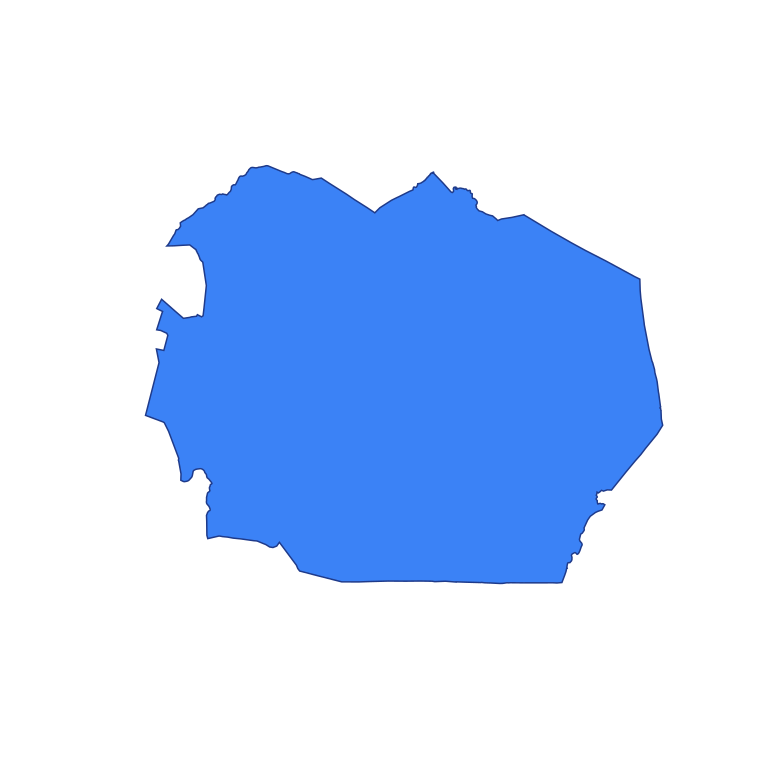 outline of Blomes pag., Smiltenes, Latvia, rotated 302°
{"feature_id": "27541924B40520684233184", "entity_name": "Blomes pag.", "entity_type": "district", "adm_level": 2, "iso_a3": "LVA", "parent_name": "Latvia", "parent_adm1": "Smiltenes", "projection": "albers", "projection_center": [25.744, 57.45], "detail": "fine", "context": "isolated", "style": "filled", "palette": "blue", "viewbox_px": 768, "rotation_deg": 302, "n_neighbors": 0, "source": "geoboundaries", "source_scale": "gbopen_adm2", "svg_char_len": 6147}
<svg xmlns="http://www.w3.org/2000/svg" viewBox="0 0 768 768"><g transform="rotate(302 384 384)"><path d="M188.5,297.3L187.4,300.6L186.4,302.0L185.7,302.9L184.9,303.4L184.4,303.4L183.6,302.8L183.1,302.6L181.5,302.5L178.5,303.1L173.5,306.5L161.8,314.0L159.5,316.5L167.6,324.6L168.2,325.8L169.0,327.9L171.3,332.5L173.3,337.6L175.5,342.1L176.7,344.5L182.1,356.6L183.4,359.1L183.7,360.0L184.7,366.1L185.2,368.7L185.2,373.4L186.5,376.5L189.7,378.9L194.3,379.2L183.9,405.8L181.8,408.7L180.7,411.6L186.3,429.5L193.8,453.0L203.0,467.8L208.2,475.5L219.2,492.1L228.3,506.9L236.1,519.1L242.2,529.2L243.3,531.8L249.3,540.6L254.3,550.2L254.5,550.1L259.2,558.2L266.9,571.3L267.4,571.8L268.7,574.6L271.1,578.8L271.6,579.6L276.2,587.9L277.4,589.7L277.6,589.9L277.7,590.2L280.6,593.6L281.3,594.9L282.5,596.6L289.3,607.7L305.1,632.9L306.9,636.1L309.9,640.1L317.5,638.6L321.4,637.7L324.7,636.5L324.9,636.9L325.7,636.1L327.3,635.4L329.4,634.7L329.8,634.8L330.3,635.2L331.0,636.3L333.2,636.7L334.5,636.5L336.7,635.2L337.9,633.8L338.6,633.6L339.7,633.7L342.1,635.1L342.3,635.4L342.3,636.4L341.9,637.7L341.9,638.0L342.6,638.5L343.6,638.7L344.6,638.7L346.8,638.4L348.8,637.9L350.6,637.5L352.0,637.4L352.7,637.2L353.7,636.2L354.7,633.3L355.5,632.3L355.9,632.0L360.8,630.4L361.0,630.4L362.7,631.2L365.8,631.3L366.5,631.1L368.0,629.9L376.6,628.8L381.1,629.0L387.1,631.4L389.4,632.9L392.7,635.6L398.6,635.3L398.6,633.3L398.5,633.1L398.3,632.8L397.8,632.4L397.6,632.0L397.3,630.5L395.6,629.0L395.9,628.4L397.3,627.1L398.1,626.7L398.3,625.9L398.8,624.9L399.7,624.6L401.0,624.8L401.6,624.3L402.1,623.0L403.5,622.7L405.2,622.0L405.1,623.4L406.8,624.2L409.1,624.8L409.5,626.9L412.5,629.4L414.6,633.1L437.3,635.8L451.3,637.7L460.5,639.2L468.0,639.9L486.2,642.2L496.7,642.2L501.2,637.8L507.5,633.5L508.4,633.0L508.6,632.4L509.4,632.0L509.8,631.5L509.9,630.7L510.3,630.6L511.2,630.8L511.4,630.4L521.1,622.4L522.6,621.0L530.6,614.5L532.9,612.3L535.1,609.9L537.2,607.7L539.7,605.7L544.4,600.6L545.5,599.0L553.7,590.5L572.0,573.5L573.9,572.0L592.9,556.3L599.2,551.6L608.5,545.4L607.9,539.6L605.9,506.8L604.0,484.3L603.0,467.5L602.1,444.9L601.6,414.2L601.4,413.3L601.7,413.0L593.0,404.1L586.2,396.2L582.9,393.8L583.4,391.8L584.1,387.0L583.1,384.1L582.2,380.2L582.2,376.2L581.2,372.9L581.8,370.3L582.6,368.8L582.9,368.4L583.7,368.2L583.9,367.7L584.4,367.2L585.7,367.3L586.9,367.1L587.7,366.6L588.4,365.6L588.9,364.3L589.1,363.0L589.1,362.3L588.4,360.7L589.8,359.3L591.5,358.4L592.1,357.9L591.8,356.6L592.1,355.9L592.7,355.4L593.2,355.1L593.7,354.5L593.6,354.0L593.1,353.4L592.6,353.1L592.4,352.7L592.3,352.0L592.8,350.6L592.8,350.2L592.5,349.6L592.3,349.3L591.9,349.2L591.6,347.3L591.1,346.6L590.9,345.5L590.3,344.5L588.9,343.2L588.9,342.6L588.6,342.5L588.4,342.3L587.7,342.6L587.3,341.3L587.5,341.0L587.9,341.0L588.0,341.7L588.4,341.8L588.7,341.4L588.7,341.1L589.0,340.6L588.7,340.5L588.5,339.8L588.0,339.2L587.3,339.1L586.5,339.2L585.9,339.6L584.9,340.5L584.2,340.9L582.7,340.6L582.5,340.3L582.4,339.5L582.4,338.9L585.7,327.6L588.9,314.9L588.9,314.3L589.2,314.1L589.7,314.1L589.9,313.8L589.4,313.5L589.3,313.2L589.0,313.0L588.4,313.3L588.3,313.1L588.1,312.5L587.2,312.0L586.7,312.3L586.2,312.3L586.0,312.0L584.9,312.0L584.0,311.6L582.9,311.6L582.4,311.3L582.0,311.1L581.4,311.3L579.8,310.9L579.3,311.0L579.0,311.0L578.8,310.7L578.1,310.7L577.4,310.4L577.3,310.2L576.8,310.2L575.3,309.4L574.3,309.0L573.1,308.1L571.7,306.5L571.1,306.8L570.0,307.1L568.9,307.2L568.0,307.1L567.6,306.8L567.3,306.3L567.3,305.7L566.8,304.9L566.0,304.9L564.6,305.4L564.2,305.7L563.5,305.4L560.8,303.5L550.8,297.4L548.5,295.9L543.8,293.0L531.3,287.1L524.3,285.5L524.6,276.3L524.7,261.2L525.1,251.6L525.2,231.2L525.4,221.7L520.4,216.2L519.4,214.9L519.2,214.1L519.2,213.4L518.2,206.6L517.2,201.5L517.4,200.7L516.9,199.1L517.0,198.4L516.7,197.5L516.3,195.4L515.9,194.6L515.0,193.8L513.8,193.1L512.8,192.8L511.7,191.8L511.0,190.3L510.6,187.4L510.0,184.8L507.5,169.9L506.7,168.4L504.8,166.7L502.3,164.0L501.6,163.0L500.7,162.3L499.4,160.9L498.1,157.9L497.5,157.1L497.0,156.6L496.2,156.3L494.1,155.8L492.2,156.0L490.4,155.7L488.4,155.9L486.4,154.9L485.6,154.1L485.1,153.8L485.0,153.6L484.9,153.1L484.2,152.1L483.7,151.8L482.4,151.6L481.2,151.7L479.8,152.0L478.1,152.1L475.1,152.4L474.1,152.3L473.5,151.3L473.0,150.7L471.4,150.1L470.8,150.0L469.0,150.8L468.3,151.3L467.1,151.4L466.6,151.6L465.9,151.6L464.2,151.1L461.7,150.8L460.9,150.3L460.8,150.1L460.9,149.8L459.9,147.4L459.8,146.6L458.7,145.9L457.7,143.9L455.9,142.6L455.1,142.5L454.4,142.6L453.8,142.3L452.3,142.3L452.0,142.3L451.5,142.9L451.1,143.1L449.6,143.2L448.8,143.0L445.2,140.5L444.6,139.8L444.0,139.3L442.7,139.1L441.7,138.5L440.9,138.4L437.5,137.2L434.5,134.0L434.0,133.6L426.4,132.3L421.5,130.2L419.8,129.2L418.7,128.7L418.1,128.6L416.5,127.5L414.7,126.6L412.7,125.8L411.2,127.0L410.0,127.9L407.5,127.9L405.9,127.5L404.8,126.3L404.4,126.1L400.3,127.0L398.5,126.8L389.1,127.1L387.6,127.0L386.0,126.7L389.8,132.5L395.0,139.8L399.0,145.6L398.5,150.6L398.3,152.2L398.5,152.7L398.2,153.2L398.1,153.8L397.5,154.2L397.4,154.8L397.1,155.1L396.2,156.4L395.9,157.2L393.7,160.3L393.2,160.8L392.2,162.1L391.9,162.9L391.5,164.7L391.4,165.5L390.9,166.1L373.3,181.2L352.4,191.4L346.0,194.4L344.3,193.7L343.9,189.0L342.1,189.1L338.8,185.0L337.5,183.9L333.4,179.1L335.1,168.2L338.0,150.5L327.5,151.3L328.2,157.8L325.1,158.5L309.5,162.5L311.1,166.3L311.9,172.9L310.7,174.9L295.8,179.5L293.1,172.4L282.9,181.9L231.0,198.4L234.7,216.5L234.8,218.1L229.7,226.4L212.2,249.3L210.3,250.1L209.9,250.7L200.2,259.5L194.7,262.7L195.0,265.5L195.4,266.5L197.0,268.3L198.0,269.1L198.6,269.4L199.5,269.7L201.4,270.0L202.9,270.3L204.5,270.1L208.9,268.4L210.0,268.5L211.4,269.3L212.0,269.7L213.1,270.9L214.8,273.0L215.2,273.7L215.3,274.1L215.5,275.4L215.3,276.9L215.1,277.4L214.9,277.9L214.2,278.7L213.9,279.2L213.3,280.9L213.0,281.5L211.9,282.4L211.0,283.4L210.8,283.7L210.5,285.9L209.5,288.8L209.1,289.8L208.7,290.5L208.4,290.8L207.7,290.7L206.9,290.1L206.3,290.2L204.9,290.7L204.0,290.7L203.2,291.1L201.3,292.7L201.2,292.9L200.4,292.9L198.6,292.2L197.8,292.2L193.8,293.6L191.1,295.3L190.0,295.8L189.1,296.5L188.5,297.3Z" fill="#3b82f6" stroke="#1e3a8a" stroke-width="1.5"/></g></svg>